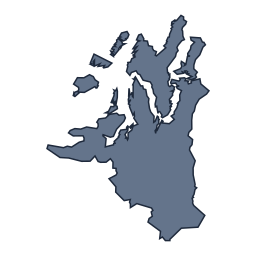 the district of Gildeskål nor, Nordland, Norway
{"feature_id": "86288312B17859654216493", "entity_name": "Gildeskål nor", "entity_type": "district", "adm_level": 2, "iso_a3": "NOR", "parent_name": "Norway", "parent_adm1": "Nordland", "projection": "albers", "projection_center": [14.061, 66.984], "detail": "fine", "context": "isolated", "style": "filled", "palette": "slate", "viewbox_px": 256, "rotation_deg": 0, "n_neighbors": 0, "source": "geoboundaries", "source_scale": "gbopen_adm2", "svg_char_len": 5783}
<svg xmlns="http://www.w3.org/2000/svg" viewBox="0 0 256 256"><path d="M199.9,78.8L191.0,81.0L191.4,82.9L188.4,83.9L187.8,82.0L188.7,81.0L185.0,80.7L186.0,78.8L184.4,77.8L179.6,78.2L180.3,79.6L178.9,81.1L172.0,79.4L170.7,82.4L171.0,83.7L175.7,83.1L177.2,85.5L179.2,86.0L176.4,86.7L177.3,88.5L181.5,90.6L179.7,95.0L179.9,100.7L177.5,103.3L178.1,103.5L176.9,107.7L174.2,111.9L174.2,114.1L171.1,116.1L174.3,119.4L169.3,123.7L162.3,123.0L163.1,121.3L161.9,120.3L157.0,130.6L155.9,130.8L155.7,133.4L155.1,130.7L156.6,128.6L157.0,125.2L158.8,123.5L158.8,120.1L159.6,119.1L158.5,119.6L158.4,117.0L157.3,116.2L155.1,121.4L153.7,122.3L154.1,116.2L150.8,112.1L149.5,108.4L148.5,102.0L148.9,98.6L146.9,95.8L145.8,89.6L143.4,88.9L142.7,85.9L140.7,85.9L135.4,76.8L134.5,78.0L135.0,79.0L133.3,79.0L134.8,80.3L132.7,84.9L133.2,85.1L133.1,97.1L132.5,96.5L131.9,92.2L131.6,93.9L129.3,95.3L129.9,93.8L129.0,88.3L128.7,95.2L129.2,94.9L129.1,96.7L128.3,99.4L128.5,101.5L130.7,99.6L128.4,103.9L130.0,105.1L129.4,106.0L129.8,107.6L132.9,115.2L134.2,112.9L134.5,116.5L133.8,118.1L137.8,124.2L133.0,126.2L133.0,123.8L129.6,127.0L130.6,128.2L132.1,126.0L132.8,127.0L131.7,130.2L128.1,132.9L128.1,138.5L127.5,139.8L126.6,137.7L125.7,138.0L126.1,136.9L125.0,134.5L127.8,130.5L128.2,126.5L127.7,126.0L126.6,127.3L126.7,128.8L127.6,128.2L126.8,129.3L120.7,130.1L119.0,133.2L119.3,134.7L120.3,134.0L118.4,136.5L118.9,137.0L114.2,141.4L115.0,143.2L113.7,143.4L113.5,144.8L105.3,146.9L106.1,138.6L102.9,135.8L103.1,134.7L110.3,137.2L113.4,136.4L116.6,129.2L123.9,121.3L125.4,117.9L124.1,114.7L119.0,115.2L116.7,113.2L109.5,114.4L105.6,118.0L98.9,118.9L96.8,122.2L98.0,123.4L98.2,126.3L96.8,128.6L86.6,127.0L80.8,129.1L74.8,128.6L70.2,130.5L68.5,132.9L73.2,135.9L83.0,135.8L84.1,138.0L83.9,140.9L79.2,142.2L71.6,147.1L67.3,146.2L63.5,147.7L48.1,145.0L47.0,148.6L60.0,157.5L68.7,158.0L81.6,161.3L90.1,161.2L95.0,156.0L98.1,161.5L100.5,162.3L106.1,162.2L110.4,158.7L113.0,162.1L112.9,168.1L116.1,168.4L116.0,170.8L117.2,173.0L116.1,175.0L109.0,178.7L115.9,186.8L115.7,192.1L124.2,200.6L130.3,199.5L129.5,202.3L130.4,203.8L130.4,207.6L136.8,203.6L151.5,208.0L152.9,210.4L151.2,211.9L152.3,216.3L149.1,218.5L148.0,222.1L160.5,231.3L159.7,238.6L162.4,237.0L165.4,240.6L169.9,240.6L169.9,239.3L181.3,228.2L198.0,227.2L204.8,215.4L193.7,205.5L192.6,203.1L192.9,201.1L192.1,198.2L193.5,197.4L192.8,196.4L194.0,194.4L195.0,189.5L196.7,187.8L194.7,186.5L195.1,184.4L193.2,174.9L193.1,167.9L195.2,160.8L189.5,150.0L189.9,147.3L192.0,144.7L192.6,139.5L188.1,135.8L188.8,132.4L191.8,129.1L191.7,120.1L192.4,113.8L194.3,111.0L195.6,105.2L199.2,99.1L206.5,94.1L209.0,90.8L200.8,83.9L199.9,78.8ZM181.0,15.4L176.5,20.6L175.1,20.1L174.9,22.0L174.5,20.3L171.8,22.1L171.6,24.0L173.0,23.8L171.4,25.5L172.7,27.0L171.0,28.5L171.7,29.4L169.6,34.2L169.3,37.0L168.1,37.2L166.5,40.8L167.2,41.6L166.3,42.4L166.6,43.2L163.8,45.9L165.8,47.8L156.5,55.9L155.3,55.3L156.4,51.6L153.7,50.5L152.5,48.5L152.4,46.5L148.5,45.7L147.4,41.1L143.6,40.7L143.8,38.7L141.3,34.1L138.7,35.0L136.5,39.9L139.7,40.9L137.6,41.7L132.9,48.8L134.7,48.9L135.7,47.4L136.0,47.4L136.8,46.7L137.1,46.6L132.6,52.6L136.8,51.1L134.5,53.8L134.8,55.9L133.2,54.7L133.1,55.9L134.9,57.0L131.7,58.8L130.5,62.1L127.8,62.5L128.1,63.7L127.3,65.0L127.8,66.4L126.5,71.5L129.9,75.4L131.4,72.5L136.1,70.8L138.0,73.9L139.9,74.6L143.1,80.2L150.3,82.0L152.1,85.1L151.8,87.1L153.0,89.4L153.6,93.3L156.6,97.2L155.1,104.1L155.4,106.9L156.7,106.2L158.0,113.4L158.4,111.7L159.7,111.6L162.0,115.0L161.3,116.8L162.5,117.7L167.6,114.8L170.7,109.7L170.1,108.9L170.4,107.4L171.9,105.9L169.6,107.2L172.0,103.8L170.5,103.1L171.3,100.5L169.8,102.4L169.4,99.3L172.7,95.2L172.4,93.8L173.5,91.5L171.5,91.1L174.4,89.8L174.0,88.7L174.5,87.1L171.8,85.2L169.8,86.6L168.5,85.6L167.8,81.5L169.6,79.2L169.2,78.5L169.8,77.6L169.8,74.1L168.7,74.7L168.5,72.7L167.6,72.8L167.1,67.7L175.5,56.5L176.3,52.9L178.1,50.7L176.9,47.5L178.1,45.2L181.8,40.7L184.4,39.6L182.9,36.2L182.6,31.0L181.9,29.8L182.5,27.4L185.6,24.2L186.5,21.5L183.6,19.7L183.6,16.9L181.0,15.4ZM202.9,47.2L205.4,44.8L203.9,42.3L202.4,42.1L200.4,37.9L190.5,37.2L191.1,40.1L194.6,42.2L191.0,45.9L190.5,49.2L187.7,53.5L187.8,55.3L190.0,56.1L187.4,56.5L185.8,64.6L184.5,65.4L185.1,63.7L181.4,61.4L181.0,63.5L181.8,66.4L180.6,68.6L173.8,71.3L177.2,74.3L183.2,73.3L182.4,71.9L185.8,73.1L184.8,71.0L186.4,70.9L187.6,71.7L186.7,73.1L188.4,73.7L187.2,74.3L191.9,76.5L187.2,78.4L187.6,78.9L191.8,79.5L195.6,78.1L196.5,77.0L195.3,75.0L197.3,72.2L193.8,68.8L193.9,64.9L195.5,59.6L199.8,54.8L202.9,47.2ZM89.5,74.7L83.9,77.8L77.4,77.7L73.6,84.1L78.5,87.4L78.8,89.2L78.2,90.9L74.4,92.4L74.5,93.6L73.9,92.7L73.5,94.8L74.7,94.2L73.4,95.6L74.9,96.5L79.3,92.7L78.4,92.1L84.4,92.4L94.9,86.6L96.0,88.0L96.8,86.9L96.6,88.4L98.2,85.8L97.5,85.5L98.5,82.2L95.1,79.8L93.3,76.6L89.5,74.7ZM111.9,63.1L94.0,54.1L90.4,62.8L91.5,63.6L90.2,64.2L93.8,66.0L93.2,61.6L94.5,60.1L94.4,66.1L99.9,63.8L98.1,66.4L104.6,65.5L103.3,67.6L103.7,67.9L107.9,66.9L111.9,63.1ZM116.8,88.5L115.6,90.8L114.0,90.1L114.6,91.1L113.6,93.3L114.2,93.6L113.9,95.9L110.9,103.1L113.1,100.9L112.9,102.3L114.4,102.0L113.2,103.3L113.8,104.0L114.3,103.4L115.0,101.8L115.4,101.3L115.5,101.3L113.8,106.7L110.9,106.5L108.6,111.2L105.5,112.8L108.5,113.0L108.1,114.5L117.4,108.7L117.1,106.3L115.8,105.7L117.3,97.4L117.4,91.2L116.8,88.5ZM118.2,38.6L116.6,40.1L116.9,41.8L113.8,45.0L116.4,44.1L114.4,45.9L115.2,46.5L113.4,46.3L111.6,49.0L114.1,49.5L113.2,51.1L113.6,51.6L110.7,51.0L111.9,53.3L110.6,54.4L113.4,56.4L113.0,53.6L114.4,55.2L119.1,49.5L118.6,49.0L119.9,47.0L120.6,48.2L121.5,46.5L121.0,46.0L125.1,43.8L122.3,43.7L122.0,41.8L118.2,38.6ZM127.0,31.5L121.5,33.0L119.6,36.5L120.7,37.0L118.7,37.7L123.4,40.9L126.3,39.6L125.7,38.6L127.5,38.1L128.9,34.7L127.0,31.5Z" fill="#64748b" stroke="#1e293b" stroke-width="1.5"/></svg>